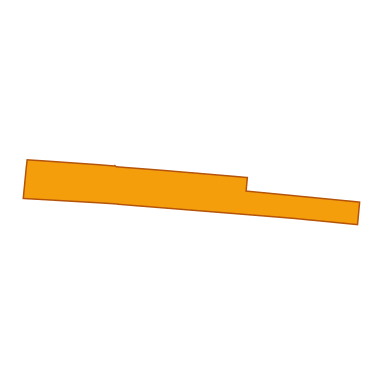 the district of Delgo, Northern, Sudan, rotated 184°
{"feature_id": "16777658B54397395103229", "entity_name": "Delgo", "entity_type": "district", "adm_level": 2, "iso_a3": "SDN", "parent_name": "Sudan", "parent_adm1": "Northern", "projection": "albers", "projection_center": [29.933, 20.083], "detail": "fine", "context": "isolated", "style": "filled", "palette": "amber", "viewbox_px": 384, "rotation_deg": 184, "n_neighbors": 0, "source": "geoboundaries", "source_scale": "gbopen_adm2", "svg_char_len": 705}
<svg xmlns="http://www.w3.org/2000/svg" viewBox="0 0 384 384"><g transform="rotate(184 192 192)"><path d="M359.9,173.8L358.3,173.8L286.4,174.7L271.5,174.8L267.1,174.8L266.5,174.9L265.4,174.6L90.0,172.8L24.6,171.0L24.5,175.6L24.2,188.9L24.1,191.5L24.1,193.6L138.1,196.7L137.8,210.3L138.1,210.3L138.3,210.3L141.1,210.3L143.9,210.4L213.5,211.4L217.6,211.5L242.5,211.7L261.1,211.8L269.3,211.9L270.1,212.4L270.8,213.0L271.3,212.5L287.9,212.7L303.8,212.7L305.4,212.7L317.9,212.7L319.9,212.7L343.5,212.7L354.6,212.6L357.1,212.6L358.7,212.6L358.8,210.0L359.0,206.0L359.1,202.6L359.5,188.7L359.5,188.2L359.6,184.0L359.7,181.4L359.8,176.9L359.9,173.8Z" fill="#f59e0b" stroke="#b45309" stroke-width="1.5"/></g></svg>